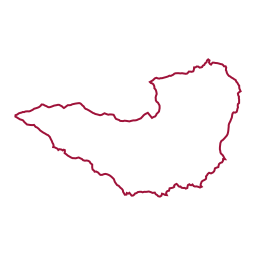 the district of Monte Santo do Tocantins, Tocantins, Brazil
{"feature_id": "56859067B11136722399220", "entity_name": "Monte Santo do Tocantins", "entity_type": "district", "adm_level": 2, "iso_a3": "BRA", "parent_name": "Brazil", "parent_adm1": "Tocantins", "projection": "albers", "projection_center": [-49.085, -9.988], "detail": "fine", "context": "isolated", "style": "outline", "palette": "rose", "viewbox_px": 256, "rotation_deg": 0, "n_neighbors": 0, "source": "geoboundaries", "source_scale": "gbopen_adm2", "svg_char_len": 5035}
<svg xmlns="http://www.w3.org/2000/svg" viewBox="0 0 256 256"><path d="M193.3,71.3L191.7,71.8L190.2,71.6L188.8,71.6L188.0,72.7L187.0,73.6L185.7,73.8L183.8,73.5L182.0,73.2L180.4,73.4L178.6,73.2L177.1,73.2L175.5,73.3L174.3,73.7L173.4,74.6L172.2,75.2L170.8,75.9L169.4,75.7L167.9,76.5L166.0,77.1L164.1,77.6L162.0,78.2L160.6,78.2L159.3,78.6L157.9,78.4L156.4,77.8L154.8,78.4L153.7,79.5L152.7,80.4L151.3,81.2L149.9,82.0L150.9,83.0L152.2,83.4L153.4,84.3L154.1,85.7L154.4,87.0L154.4,88.3L155.6,89.6L156.2,91.2L156.5,92.6L156.7,94.0L156.0,95.9L155.6,97.6L155.8,99.0L155.8,100.3L156.6,101.7L158.0,102.7L158.8,104.2L159.5,105.4L159.6,106.6L159.6,108.3L159.3,109.8L159.0,111.5L158.0,112.6L156.6,113.9L156.2,115.0L155.2,116.4L153.3,117.1L152.0,117.9L147.8,112.8L146.0,113.7L144.9,114.3L143.6,115.3L142.6,116.5L141.8,117.3L140.9,118.3L139.5,118.9L138.2,119.4L136.7,120.1L135.0,120.4L133.3,120.4L131.1,120.9L129.4,121.4L128.2,121.2L126.4,120.9L124.5,120.7L123.1,121.1L121.6,121.0L120.2,120.9L119.1,120.0L117.6,119.5L116.0,118.9L115.1,117.6L114.4,116.2L113.6,114.8L111.8,114.5L109.9,114.4L108.3,114.7L106.5,114.1L104.5,113.3L103.0,114.1L101.8,114.8L100.0,115.2L98.3,114.7L96.8,114.3L95.3,114.0L94.3,113.4L93.1,113.0L92.0,112.3L90.7,111.5L89.1,110.5L87.1,109.4L85.5,108.8L84.5,107.8L83.7,106.4L82.4,105.4L81.4,104.3L80.5,103.5L79.2,103.1L77.5,103.3L75.4,103.6L73.6,104.0L72.2,104.3L70.9,105.0L69.6,105.2L67.8,105.2L66.4,106.2L65.3,107.1L63.9,108.0L62.8,107.2L61.8,106.2L60.5,105.6L59.3,104.9L58.0,104.8L56.3,105.2L54.1,105.6L52.4,106.3L51.0,106.8L49.7,107.2L48.3,107.2L47.2,106.6L46.1,106.0L44.8,105.5L43.3,104.6L41.6,104.5L40.5,105.9L39.3,106.9L38.1,107.5L36.7,108.0L35.4,108.4L34.2,108.7L32.7,109.8L31.3,110.5L30.1,111.1L29.0,111.4L27.3,111.3L25.4,111.5L24.0,112.1L22.8,112.0L21.5,112.6L20.2,112.9L18.7,113.4L17.3,114.5L15.5,115.2L15.4,116.6L17.0,117.5L18.6,118.5L20.1,119.4L21.9,119.9L23.2,120.5L24.1,121.8L25.6,123.2L27.0,124.5L28.4,124.7L30.3,125.0L32.6,125.1L34.0,124.9L35.6,126.9L36.9,127.4L38.1,128.3L39.1,129.2L40.0,130.3L41.4,131.3L43.3,132.6L45.0,133.5L46.7,134.6L48.0,135.1L49.8,136.9L50.7,138.9L51.9,141.2L52.4,142.7L53.2,144.0L53.6,145.3L53.2,147.1L54.4,147.2L56.0,148.0L57.6,148.8L58.3,150.0L59.5,149.2L61.6,149.6L62.7,150.4L63.7,149.7L64.8,150.1L64.9,151.4L64.6,153.1L66.3,154.3L67.8,155.6L69.4,156.5L70.9,157.4L72.4,158.1L74.3,158.2L75.8,158.3L77.0,157.9L78.7,157.5L80.7,158.5L81.9,159.0L83.1,160.2L84.9,160.7L86.6,160.5L88.2,160.8L89.6,161.6L90.6,163.3L92.2,164.5L92.2,167.5L92.6,169.5L94.0,170.6L94.6,171.7L96.1,171.5L98.2,172.6L99.2,173.8L100.4,174.9L102.0,174.9L103.8,174.2L105.3,173.9L106.9,174.2L108.7,174.9L110.1,175.7L111.5,176.8L113.7,178.9L114.2,180.0L114.8,181.8L116.0,183.6L117.1,185.1L118.7,185.8L120.4,187.7L121.8,188.8L122.9,190.3L123.1,191.8L124.0,193.3L124.8,194.7L126.4,194.6L126.8,193.0L128.2,193.6L129.4,192.8L130.4,194.1L131.6,195.6L132.9,195.6L134.3,194.6L135.0,193.5L136.5,193.1L137.8,192.1L139.6,191.8L141.3,191.8L142.6,192.3L144.3,191.8L145.6,191.9L146.9,191.8L148.8,191.5L151.0,192.2L152.5,192.9L154.8,192.6L155.7,194.2L157.1,195.0L158.2,196.2L159.9,196.6L161.4,195.7L162.0,193.7L163.5,194.1L165.0,194.9L166.8,195.1L166.1,193.6L166.4,192.2L167.3,191.1L169.0,190.7L169.6,188.3L171.5,188.0L173.0,187.6L174.2,186.9L174.2,185.5L175.1,184.6L176.5,183.9L177.4,184.6L178.3,185.9L179.3,186.7L180.5,186.5L181.5,187.7L183.4,188.0L184.7,187.9L185.8,188.6L187.3,188.0L187.6,186.1L188.1,184.9L189.4,184.3L190.2,185.1L191.4,185.2L192.5,184.5L193.6,186.0L194.9,186.5L196.6,186.4L198.5,186.9L200.0,187.5L201.7,186.7L200.6,185.5L200.7,184.2L201.2,182.9L201.7,181.6L202.7,180.8L204.4,180.0L205.8,179.1L206.2,177.8L206.0,176.4L207.0,175.3L207.7,174.0L209.1,172.8L211.0,173.4L212.9,172.5L214.1,171.3L214.6,170.0L214.9,168.4L216.6,167.6L218.3,167.1L218.6,165.6L219.0,164.1L220.2,163.0L222.1,162.3L223.0,160.7L223.1,159.1L225.1,159.2L224.3,158.1L223.7,156.9L222.9,155.4L221.9,154.4L220.9,153.5L220.4,152.2L220.3,151.0L219.9,149.5L219.9,147.8L220.0,146.4L220.2,144.8L220.4,143.1L220.9,141.9L221.5,140.8L222.6,140.2L223.5,139.3L224.3,138.5L225.6,137.0L226.8,135.6L227.6,134.1L228.1,132.0L228.4,129.9L228.5,128.5L228.7,126.8L228.7,125.2L229.0,123.9L229.6,122.6L230.3,121.3L231.1,119.2L231.8,117.6L232.1,115.7L232.3,114.4L232.7,113.3L233.5,112.4L235.3,112.6L236.6,111.9L237.1,110.6L237.4,108.9L238.0,107.3L237.7,105.9L237.9,104.1L239.1,103.0L239.1,101.3L239.1,99.4L238.8,98.0L239.0,96.8L238.2,95.2L237.9,93.4L239.2,92.1L240.6,91.3L240.0,89.9L239.4,88.6L239.2,87.0L239.2,85.7L238.4,84.7L237.8,83.6L237.2,82.5L236.3,81.7L235.7,80.1L234.3,79.3L232.9,78.3L231.4,77.5L230.2,76.5L228.9,75.9L227.7,74.4L226.8,72.7L226.5,71.3L225.9,70.1L226.0,68.8L226.2,67.5L225.6,66.3L224.0,66.3L223.2,65.2L222.3,64.4L220.4,64.0L218.8,63.5L217.2,63.1L215.5,63.0L214.1,62.7L212.8,62.6L211.9,63.4L211.0,64.6L209.8,63.8L209.0,62.4L209.5,60.4L208.2,59.4L207.0,60.5L206.5,62.3L205.0,63.4L204.3,64.9L202.8,65.7L202.1,67.0L201.0,67.4L199.6,67.6L198.3,66.6L196.7,66.5L195.5,67.4L194.1,67.4L193.9,69.6L193.3,71.3Z" fill="none" stroke="#9f1239" stroke-width="2"/></svg>